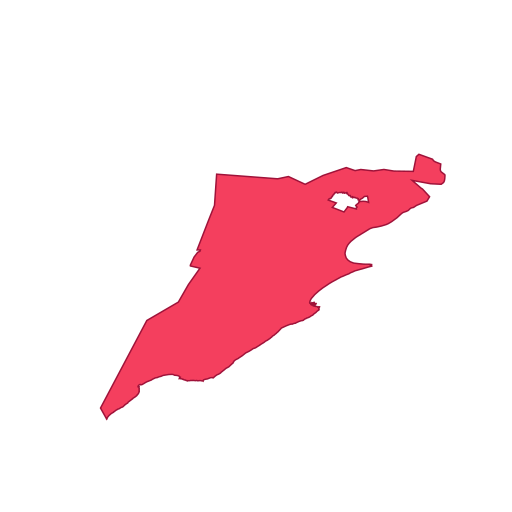 Sveitarfélagið Ölfus, Suðurland, Iceland (Natural Earth projection), rotated 334°
{"feature_id": "244011B93058264602287", "entity_name": "Sveitarfélagið Ölfus", "entity_type": "district", "adm_level": 2, "iso_a3": "ISL", "parent_name": "Iceland", "parent_adm1": "Suðurland", "projection": "natural_earth1", "projection_center": [-21.424, 63.983], "detail": "fine", "context": "isolated", "style": "filled", "palette": "rose", "viewbox_px": 512, "rotation_deg": 334, "n_neighbors": 0, "source": "geoboundaries", "source_scale": "gbopen_adm2", "svg_char_len": 5888}
<svg xmlns="http://www.w3.org/2000/svg" viewBox="0 0 512 512"><g transform="rotate(334 256 256)"><path d="M182.8,252.0L166.0,263.4L129.6,266.1L49.6,324.5L50.3,337.2L50.5,337.1L50.4,337.0L50.7,336.7L51.0,336.3L51.2,336.2L54.0,334.9L55.6,334.5L56.5,334.2L58.5,334.0L59.4,334.0L59.7,333.7L60.7,333.7L61.7,333.4L62.9,333.2L63.5,333.3L63.8,333.1L64.7,333.1L66.2,333.3L68.1,333.0L69.8,333.2L70.6,333.1L72.0,332.6L72.9,332.4L73.0,332.2L74.2,332.1L75.4,331.9L76.2,331.9L76.8,331.4L77.6,331.2L79.5,330.8L80.0,330.8L80.8,330.5L81.7,330.4L82.1,330.2L82.4,330.3L82.6,330.1L83.4,329.9L85.4,329.7L86.7,329.4L87.4,329.3L88.4,328.8L88.4,328.7L89.2,328.5L90.3,327.8L90.8,327.5L91.2,326.9L91.6,326.7L91.7,326.3L91.9,326.0L92.5,324.7L92.7,324.4L92.8,324.2L92.7,324.1L93.0,323.7L93.1,323.1L93.6,322.3L92.7,322.0L92.8,321.5L93.2,321.1L94.2,320.7L95.0,320.6L95.6,320.7L95.9,320.9L95.9,321.2L97.0,321.6L98.9,321.5L100.9,321.3L102.6,321.2L107.8,321.6L108.5,321.4L112.2,321.4L114.0,322.0L115.6,322.0L117.8,322.5L120.2,322.6L125.5,324.2L128.5,325.5L129.5,326.1L130.6,327.5L132.3,328.5L133.6,329.5L134.1,330.1L134.5,331.3L134.8,331.7L134.2,331.9L133.8,332.0L133.7,332.2L133.4,332.3L133.3,332.5L134.0,332.5L134.0,332.8L134.5,333.1L134.7,333.6L135.4,333.8L135.8,334.2L136.0,334.6L136.3,334.7L136.3,334.9L136.6,335.1L136.7,335.4L137.0,335.6L137.9,336.5L138.4,336.7L138.7,337.4L139.6,337.9L139.6,338.2L140.3,338.3L141.8,339.0L143.0,339.3L143.6,339.7L144.7,340.1L144.8,340.3L145.3,340.4L146.9,341.5L148.2,341.9L148.9,342.6L150.8,343.3L151.4,343.6L152.6,344.5L153.3,344.8L153.6,345.3L153.7,345.2L153.7,344.7L154.3,344.5L154.6,344.4L156.1,344.5L158.6,345.2L161.5,345.4L162.7,345.8L163.7,346.3L163.9,346.7L164.1,346.8L166.5,346.1L168.6,345.7L170.8,345.8L172.8,345.6L174.1,345.1L174.9,345.0L176.0,344.7L177.1,344.5L179.8,343.8L182.9,343.7L186.8,342.5L188.5,342.1L188.7,341.9L189.0,341.5L189.6,341.3L190.2,340.8L192.1,340.3L194.9,340.3L195.9,340.1L199.9,339.6L204.2,338.6L207.9,338.6L210.9,338.3L212.5,338.0L213.2,338.0L214.4,338.2L215.4,338.3L217.7,338.0L220.0,337.8L220.4,337.8L220.6,337.6L225.7,337.1L227.1,336.7L229.1,336.7L232.6,336.2L233.3,335.9L234.4,335.8L235.7,335.2L237.5,335.1L238.8,334.7L240.4,334.4L241.3,334.0L242.4,333.8L247.3,331.9L252.6,332.0L256.3,332.3L257.8,332.6L258.3,332.9L258.5,333.1L259.1,333.1L260.9,333.3L261.9,333.7L263.2,333.6L266.1,333.7L268.4,334.0L269.1,334.3L270.3,334.5L272.2,334.0L273.3,334.2L273.8,334.0L274.4,334.0L275.2,334.2L277.4,334.3L279.4,334.0L281.1,334.0L282.7,333.4L285.2,333.0L286.0,332.6L287.7,332.2L288.6,332.2L289.2,331.8L289.4,331.4L289.1,331.1L289.4,330.5L290.5,329.9L290.8,329.5L289.7,329.0L289.1,329.0L289.1,328.8L288.6,328.1L287.2,327.3L286.9,327.0L286.8,326.6L286.8,326.4L289.2,325.2L289.1,324.9L288.9,324.9L288.8,325.2L288.0,325.7L287.8,325.6L286.7,326.3L286.2,326.4L285.6,325.8L285.7,325.7L285.4,325.6L286.3,325.5L286.5,325.3L285.7,325.4L285.6,325.2L285.7,324.9L285.9,324.9L284.7,324.6L284.5,324.3L285.0,324.3L284.4,324.0L284.4,323.9L284.7,323.7L286.7,324.3L286.8,324.3L286.9,324.1L284.9,323.5L284.9,323.1L284.7,323.4L284.2,323.4L284.4,322.6L284.9,322.6L284.9,322.9L285.2,322.6L287.7,323.3L287.5,324.1L287.2,324.7L287.3,324.9L287.5,324.6L287.9,324.8L287.9,324.7L287.7,324.6L288.0,323.2L287.8,323.1L287.6,323.2L283.7,322.1L283.7,321.6L284.2,320.8L285.1,319.9L286.7,318.7L287.2,318.4L291.9,316.4L296.8,315.0L301.6,314.0L309.6,312.9L313.0,312.6L323.1,312.1L325.3,312.3L328.7,312.4L331.7,312.7L333.7,312.5L336.0,312.7L338.4,312.7L348.3,314.5L352.5,315.2L355.2,315.8L355.7,315.8L355.7,315.3L355.2,314.9L354.8,314.3L355.8,314.1L354.7,313.3L349.5,310.7L344.9,307.9L340.7,305.2L338.2,302.5L336.8,299.9L336.2,297.3L336.6,294.5L337.2,292.5L339.0,290.2L341.2,287.9L343.2,286.4L345.2,285.4L347.8,284.4L352.5,283.3L354.6,282.9L369.9,281.4L371.0,281.4L373.5,281.7L377.2,282.9L381.8,284.0L386.8,284.8L389.1,284.9L392.8,284.6L399.6,283.4L404.1,282.0L406.6,281.4L407.8,281.4L410.8,281.8L411.9,281.8L412.8,281.8L413.8,281.5L415.2,281.0L416.2,280.9L416.9,280.9L418.9,281.4L421.7,281.0L422.5,280.9L433.7,281.6L438.0,278.8L435.0,268.8L434.0,267.1L429.5,256.5L441.9,265.6L444.6,267.6L453.9,272.7L456.2,272.3L456.9,272.1L458.2,271.1L459.4,269.5L460.8,267.1L461.3,266.1L461.3,265.5L459.3,261.5L459.2,260.7L459.3,259.8L459.7,258.7L462.4,254.3L458.5,250.1L457.8,249.0L457.3,248.1L457.1,246.4L447.0,236.0L443.7,236.9L434.5,248.9L417.3,240.2L408.9,234.3L399.0,231.1L388.1,224.2L382.5,222.7L375.9,216.1L351.6,213.0L331.6,213.1L320.0,198.8L309.3,196.1L256.5,165.2L240.9,192.3L228.7,203.4L205.7,224.7L208.7,226.2L207.9,227.1L205.1,227.2L199.9,229.8L192.9,235.5L192.7,236.2L200.3,242.4L182.8,252.0ZM355.8,234.0L356.4,233.9L356.6,234.2L356.8,235.1L358.9,235.5L360.0,236.1L361.2,236.3L361.3,236.4L361.2,236.8L361.2,237.0L361.5,237.4L362.6,237.2L362.9,237.2L363.0,237.3L363.0,237.5L362.6,237.8L362.9,238.3L364.3,238.6L365.0,238.6L365.5,238.8L365.1,239.6L365.5,239.8L365.3,240.2L365.6,240.5L365.8,241.3L365.9,242.0L366.0,242.4L366.4,242.6L367.0,242.8L367.3,243.0L367.0,243.4L367.0,244.0L367.1,244.5L367.5,244.9L368.6,244.9L368.9,245.0L369.0,245.2L368.5,246.0L369.3,246.1L370.3,246.5L370.5,246.6L370.5,246.9L370.9,247.1L371.4,247.8L372.6,248.6L373.0,249.3L372.4,250.1L372.9,250.5L372.8,250.8L373.1,251.2L373.2,251.4L374.9,250.8L377.0,250.7L379.5,250.0L382.4,251.1L382.1,252.5L380.7,257.2L378.7,255.2L376.3,253.8L372.5,252.3L371.9,252.6L371.9,253.1L370.9,253.5L368.6,253.9L367.7,254.4L367.8,254.7L368.1,254.9L368.0,255.4L368.2,255.8L368.3,256.1L368.0,256.6L367.4,256.8L366.8,256.9L366.7,257.6L360.0,251.9L359.3,252.5L354.4,255.0L345.9,245.8L351.4,243.5L345.4,237.4L345.6,237.2L346.1,237.2L346.5,236.7L347.7,236.7L347.8,237.0L348.1,237.0L348.9,236.9L349.5,236.3L350.0,236.3L350.4,235.9L351.0,235.8L351.2,235.3L351.9,235.0L352.6,235.0L352.8,234.9L352.9,234.6L353.2,234.5L354.0,234.2L354.5,234.1L354.6,233.8L354.9,233.6L355.3,233.6L355.8,234.0Z" fill="#f43f5e" stroke="#9f1239" stroke-width="1.5"/></g></svg>